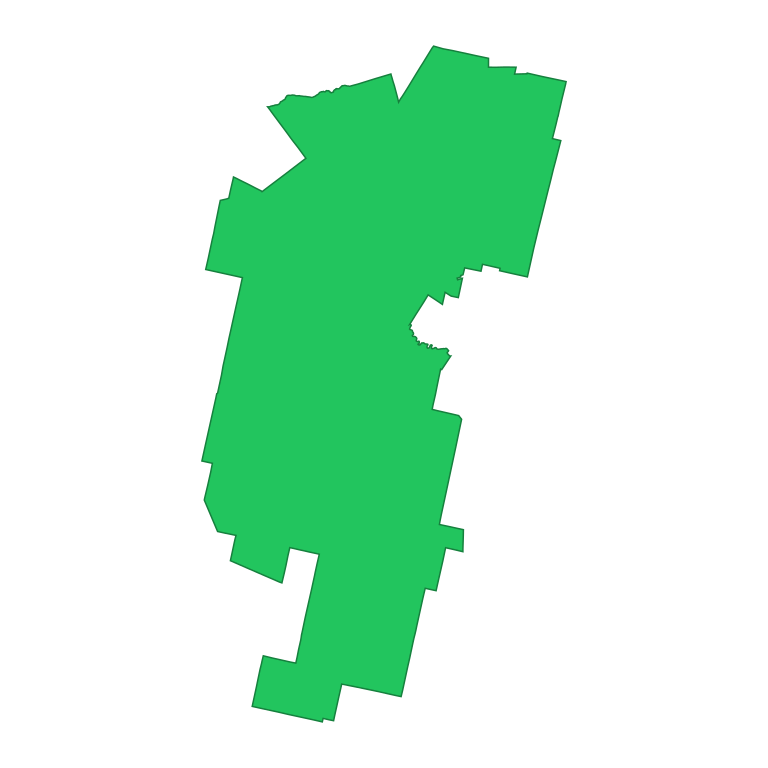 General San Martín, Córdoba, Argentina
{"feature_id": "61730980B38131446935101", "entity_name": "General San Martín", "entity_type": "district", "adm_level": 2, "iso_a3": "ARG", "parent_name": "Argentina", "parent_adm1": "Córdoba", "projection": "albers", "projection_center": [-63.24, -32.573], "detail": "fine", "context": "isolated", "style": "filled", "palette": "green", "viewbox_px": 768, "rotation_deg": 0, "n_neighbors": 0, "source": "geoboundaries", "source_scale": "gbopen_adm2", "svg_char_len": 5946}
<svg xmlns="http://www.w3.org/2000/svg" viewBox="0 0 768 768"><path d="M395.8,695.5L401.1,696.6L402.6,690.4L407.5,667.7L409.7,658.0L413.0,642.4L413.9,638.3L414.9,634.4L415.8,630.6L416.9,625.3L419.1,615.3L422.9,598.1L425.2,588.3L436.1,590.7L437.6,583.9L442.9,560.6L445.6,547.7L455.4,549.9L462.9,551.7L462.9,548.9L463.3,535.5L463.4,529.7L449.8,526.7L439.4,524.5L440.0,521.1L441.3,514.6L448.3,482.1L455.8,447.0L461.6,419.3L458.7,415.6L451.9,414.0L442.3,411.8L437.1,410.6L432.2,409.4L433.1,404.6L435.4,394.6L437.0,386.5L437.9,382.1L440.6,369.1L441.7,369.6L450.7,356.1L450.0,356.2L449.8,355.8L449.4,355.7L449.1,355.5L448.8,355.0L448.5,354.7L448.0,354.4L447.7,353.7L447.5,353.4L447.2,353.0L447.1,352.6L447.4,352.2L447.7,352.0L448.4,351.1L448.6,350.7L448.4,350.4L448.2,350.1L447.8,349.8L447.5,349.6L447.1,348.9L446.8,348.7L446.3,348.4L445.6,348.4L444.7,348.7L444.1,348.8L443.7,348.6L443.3,348.6L442.3,348.8L441.0,348.8L440.4,349.0L439.5,349.1L438.8,349.2L438.1,349.3L437.5,349.1L436.9,348.9L436.4,348.1L436.2,347.8L435.6,347.6L435.1,347.6L434.7,347.8L434.4,348.2L433.4,348.4L432.9,348.6L432.3,348.8L431.8,348.6L431.5,348.1L431.6,347.7L431.5,347.4L431.5,347.0L431.6,346.4L432.1,345.6L432.1,345.3L431.8,345.1L431.6,344.9L431.1,344.9L430.6,345.0L430.2,345.4L430.0,345.9L429.8,346.5L429.5,347.1L429.3,347.6L428.9,347.9L428.0,348.2L427.6,348.2L427.3,347.9L427.1,347.6L427.1,347.3L427.1,346.9L427.0,346.7L427.1,346.0L427.6,345.3L427.9,344.9L427.9,344.4L427.5,344.2L427.1,344.0L426.5,344.0L425.9,344.0L425.0,343.9L424.0,343.0L423.4,342.8L422.9,343.1L422.4,342.9L421.8,342.9L421.4,343.3L421.0,343.7L420.2,344.8L419.4,345.0L418.7,344.9L418.0,344.4L418.1,344.1L418.6,344.0L418.9,343.6L419.2,343.2L419.3,342.8L419.3,341.9L419.1,341.3L418.7,341.2L418.4,341.3L418.1,341.5L417.8,341.5L417.3,341.5L416.9,341.4L416.4,341.1L416.2,340.8L416.3,340.5L416.3,340.1L416.6,339.3L416.8,338.6L416.6,338.1L416.4,337.6L415.9,337.2L415.3,336.7L414.9,336.6L414.5,336.4L413.9,336.5L413.1,336.4L412.6,336.3L412.3,335.6L412.4,335.3L413.0,334.8L413.3,334.5L413.5,334.0L413.5,333.4L413.4,333.0L413.1,332.4L412.5,332.0L412.5,331.1L412.1,330.3L411.7,330.1L411.2,330.0L410.7,329.7L410.1,329.6L409.6,329.2L409.7,328.5L410.0,327.8L410.4,326.6L411.0,326.0L411.2,325.6L411.2,325.2L410.9,324.7L410.5,324.5L409.9,324.3L409.7,324.4L415.9,314.4L420.5,307.2L424.2,301.4L428.1,294.9L434.8,299.3L442.4,304.4L445.1,292.3L451.1,296.1L458.3,297.6L462.4,278.3L457.6,279.8L457.1,278.1L460.8,277.0L460.7,275.5L463.0,274.8L464.7,267.9L481.0,271.2L482.5,264.3L500.1,268.3L499.6,270.7L511.5,273.4L527.4,276.9L533.9,247.6L538.1,230.2L541.1,218.4L548.3,189.5L548.8,187.6L550.6,180.5L553.3,169.4L555.6,160.8L558.6,149.2L560.8,140.6L552.4,138.6L555.8,125.1L556.1,123.9L557.7,117.1L558.1,116.2L559.0,111.8L560.1,107.2L562.0,98.8L565.6,84.2L566.1,81.6L560.6,80.4L542.1,76.5L527.2,73.1L527.0,73.8L514.6,74.1L516.1,67.2L508.6,67.1L503.8,67.1L495.4,67.3L488.5,67.2L488.5,65.8L488.5,58.3L476.1,55.7L452.7,50.6L443.1,48.8L433.6,46.1L432.2,47.9L425.2,59.3L423.0,62.9L421.0,66.0L416.2,73.8L408.3,86.8L404.3,93.2L402.1,96.6L400.6,98.7L398.6,102.2L397.6,97.9L394.4,85.8L392.9,81.1L392.0,77.8L391.3,75.6L390.9,74.0L384.2,76.0L377.5,78.0L376.1,78.4L369.7,80.4L358.2,84.0L351.8,85.7L350.1,86.2L349.6,86.3L349.4,86.3L348.4,86.0L347.2,86.0L346.7,85.8L345.6,85.6L345.2,85.4L344.6,85.4L343.4,85.7L342.7,85.7L342.0,85.8L341.5,86.5L341.0,86.8L339.9,87.9L339.5,88.4L338.9,88.8L338.4,88.8L338.1,88.8L337.6,88.8L336.6,88.6L336.1,88.7L335.9,88.8L335.8,89.0L335.7,89.6L335.3,89.7L334.9,89.7L334.6,89.8L334.2,90.2L333.8,90.7L333.5,91.2L333.5,91.8L333.2,92.2L332.8,92.2L332.5,92.3L332.3,92.4L331.9,92.6L331.6,92.7L331.2,92.7L330.9,92.7L330.5,92.3L330.3,92.1L329.9,92.0L329.8,91.7L329.7,91.5L329.3,91.4L329.3,91.2L329.1,91.0L328.8,90.8L328.3,90.7L327.9,90.8L327.3,90.8L326.9,90.6L326.5,90.6L326.1,90.8L325.8,91.2L325.4,91.7L325.1,91.8L324.2,91.8L323.5,91.4L323.3,91.4L322.2,91.8L321.5,91.7L320.9,92.0L320.2,92.2L319.5,92.6L319.0,93.3L318.7,93.8L318.2,94.2L317.4,94.7L316.6,95.1L315.6,95.9L315.4,96.2L314.6,96.4L313.9,96.7L313.2,97.1L312.1,97.4L311.3,97.4L310.6,97.2L308.9,96.9L308.3,96.9L307.2,96.7L305.2,96.4L303.8,96.4L301.9,96.1L300.6,96.0L299.3,95.7L297.5,95.8L296.1,95.8L294.4,95.2L292.2,95.0L290.8,95.4L288.8,95.3L287.8,95.4L287.0,95.7L285.6,97.7L285.3,98.7L284.6,99.6L283.6,100.0L283.0,100.4L282.6,100.9L281.1,101.6L280.5,101.9L279.6,103.6L278.7,104.3L277.3,104.9L276.0,104.9L274.6,105.2L274.0,105.6L273.1,105.6L272.1,106.0L271.2,106.0L270.3,106.5L269.2,106.8L267.6,106.8L270.2,110.2L271.6,112.2L278.8,121.9L282.7,127.1L288.4,134.8L290.4,137.6L293.4,141.6L298.0,147.5L305.9,158.3L284.2,174.9L272.8,183.5L262.0,191.7L261.4,191.0L255.2,187.9L251.2,185.8L247.3,183.8L243.2,181.8L239.8,180.1L236.7,178.5L233.5,177.0L233.1,179.1L230.7,189.3L228.8,198.2L226.5,199.0L220.3,200.4L218.9,207.0L214.9,226.9L213.7,233.5L212.4,238.8L208.3,258.1L205.7,269.5L242.4,277.6L240.0,288.8L237.5,300.0L236.2,305.7L235.3,309.8L232.8,321.1L230.8,330.2L229.0,338.2L227.1,347.5L224.5,359.5L223.1,365.8L221.5,375.1L217.6,393.1L216.7,393.8L215.9,397.9L205.7,443.7L201.9,461.0L212.4,463.3L210.7,472.1L207.7,485.4L204.6,498.4L204.3,500.1L217.6,531.5L226.2,533.4L226.6,533.4L227.5,533.6L236.0,535.4L234.9,539.7L233.4,546.7L231.9,553.8L230.4,560.7L249.6,569.1L279.3,582.0L281.9,582.9L284.3,572.9L286.0,565.3L287.9,555.9L289.8,547.6L292.0,548.1L293.9,548.5L300.3,550.0L304.1,550.8L308.3,551.8L317.6,553.8L319.3,554.2L317.1,563.7L315.1,572.9L314.5,575.9L312.4,585.5L311.9,587.9L309.3,599.4L305.3,617.1L304.8,619.5L302.1,632.4L301.5,634.9L301.2,637.3L300.7,640.3L298.6,649.5L297.1,657.2L295.8,663.1L290.6,662.1L280.4,659.8L272.3,658.0L263.3,655.8L262.0,661.2L261.6,663.2L260.1,669.2L257.5,681.6L256.4,687.0L252.2,706.4L261.7,708.5L278.8,712.2L288.2,714.4L302.6,717.5L313.2,719.8L322.3,721.9L323.1,718.4L329.6,719.9L333.6,720.7L334.8,715.0L336.8,706.0L338.2,699.6L341.7,684.1L355.8,686.9L374.2,690.7L395.8,695.5Z" fill="#22c55e" stroke="#15803d" stroke-width="1.5"/></svg>